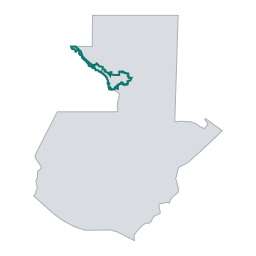 location of Las Cruces, Petén, Guatemala
{"feature_id": "79465075B61221719902426", "entity_name": "Las Cruces", "entity_type": "district", "adm_level": 2, "iso_a3": "GTM", "parent_name": "Guatemala", "parent_adm1": "Petén", "projection": "natural_earth1", "projection_center": [-90.704, 16.86], "detail": "fine", "context": "in_parent", "style": "outline", "palette": "teal", "viewbox_px": 256, "rotation_deg": 0, "n_neighbors": 0, "source": "geoboundaries", "source_scale": "gbopen_adm2", "svg_char_len": 5763}
<svg xmlns="http://www.w3.org/2000/svg" viewBox="0 0 256 256"><path d="M33.7,196.0L35.0,194.6L36.0,191.3L37.3,188.0L36.5,184.1L36.0,180.9L37.5,176.4L37.4,172.9L38.0,170.8L40.2,169.4L41.3,166.8L35.2,157.8L35.2,155.7L36.1,153.2L41.0,143.6L46.9,132.1L53.4,119.4L57.3,111.8L71.5,111.8L80.9,111.8L92.9,111.8L105.9,111.8L114.4,111.8L117.9,111.7L117.3,106.7L117.8,101.3L119.3,96.3L119.3,94.1L116.8,91.4L111.9,89.9L109.1,87.5L109.1,84.5L107.9,80.9L105.5,76.6L100.6,72.2L93.1,67.8L86.7,61.8L81.4,54.3L77.0,49.4L73.6,47.4L72.7,46.3L82.8,46.4L92.3,46.5L92.4,35.7L92.4,26.2L92.5,15.4L109.7,15.4L130.2,15.4L151.6,15.4L168.3,15.4L178.2,15.4L177.7,28.9L177.2,44.4L176.9,55.8L176.4,71.0L175.9,86.6L175.2,107.8L174.8,121.5L175.0,121.8L180.6,121.2L188.9,121.8L191.0,121.7L193.5,122.9L195.5,123.3L199.7,126.4L204.6,128.7L207.8,124.0L206.1,121.2L204.9,119.7L205.1,118.4L222.3,130.7L220.3,132.5L215.9,136.9L208.0,144.3L200.9,151.0L194.0,157.1L187.9,162.5L187.2,163.0L179.4,166.9L178.1,168.7L176.4,176.4L175.6,178.3L177.0,182.6L178.5,189.2L178.0,192.6L172.6,196.9L170.1,200.7L169.1,203.1L168.1,202.5L166.4,202.3L162.5,203.3L160.7,203.5L159.1,204.6L159.0,206.9L160.0,210.8L160.4,212.8L159.3,213.7L154.5,216.0L152.6,218.3L150.9,221.9L148.8,223.3L146.6,223.1L145.0,223.6L141.7,226.2L136.8,231.4L134.1,235.2L134.1,238.1L134.6,240.6L116.5,231.6L110.4,230.0L85.0,230.2L74.1,226.6L61.7,219.8L53.3,213.5L33.7,196.0Z" fill="#d9dde1" stroke="#a8b0b8" stroke-width="1"/><path d="M75.7,46.6L71.1,46.6L71.4,47.5L71.6,47.8L71.7,48.4L72.0,48.8L72.5,49.1L72.9,49.2L73.7,49.1L74.2,49.1L74.4,49.3L74.8,49.7L75.2,49.9L75.6,50.7L75.6,50.9L75.4,51.4L75.4,51.6L75.5,51.7L75.8,51.7L76.0,51.7L76.4,50.7L76.5,50.5L76.7,50.4L77.0,50.4L77.4,50.6L77.8,50.5L78.5,50.6L78.9,50.5L79.0,50.7L79.2,50.9L79.5,51.1L79.6,51.3L79.6,51.5L79.5,51.9L79.3,52.3L79.1,52.7L79.2,53.9L79.4,54.4L79.6,54.7L80.0,54.9L81.0,54.9L81.3,55.2L81.7,56.0L81.9,57.0L81.9,57.5L82.1,57.6L82.3,57.9L82.8,58.3L83.6,59.5L84.5,60.1L84.8,60.3L85.4,60.1L85.8,60.1L86.0,60.2L86.3,60.4L86.3,60.8L86.2,61.4L86.2,61.5L86.3,61.7L86.4,61.9L86.8,62.0L87.1,62.2L87.3,62.5L87.5,63.1L88.1,63.5L88.5,64.0L88.6,64.3L88.9,64.6L88.9,64.8L88.5,65.1L88.5,65.4L88.8,65.8L89.2,66.0L90.0,66.2L91.6,66.8L92.0,67.1L92.2,67.3L92.3,67.5L92.4,67.9L92.5,68.0L92.8,67.7L92.8,67.2L92.6,66.5L92.6,66.3L92.7,66.0L92.9,65.9L93.2,65.8L93.6,65.9L93.9,66.1L94.0,66.3L94.1,66.6L94.0,66.8L93.9,67.2L93.4,67.4L93.2,67.6L93.1,67.8L93.2,68.0L93.3,68.1L94.1,67.9L94.9,68.1L95.1,68.2L95.1,68.3L95.2,68.5L95.1,69.0L95.2,69.3L95.4,69.6L95.5,70.1L95.7,70.3L95.9,70.3L96.7,70.1L97.3,70.1L97.8,70.2L98.5,70.8L98.6,71.0L98.7,71.5L98.8,71.6L99.5,71.7L101.0,71.5L101.3,71.6L101.3,71.8L101.3,72.0L101.1,72.4L101.2,72.7L101.2,72.8L102.3,73.3L102.8,73.4L103.2,73.6L103.3,73.7L103.3,74.1L103.6,74.4L104.9,75.3L105.3,75.5L105.5,75.7L105.6,76.0L105.6,76.4L105.6,76.7L105.7,76.8L106.8,77.6L107.1,79.1L107.3,79.4L107.7,79.9L107.9,80.3L107.9,80.5L107.8,80.8L107.7,81.0L107.8,81.4L108.1,82.0L108.1,82.4L108.1,82.8L108.0,83.0L107.6,83.1L107.5,83.4L107.5,83.5L107.9,83.8L108.3,83.8L108.5,83.7L108.7,83.4L108.8,83.1L108.7,82.8L108.9,82.9L109.0,83.0L109.4,83.8L108.9,84.2L108.6,84.4L108.5,84.8L108.5,85.3L108.4,85.6L108.6,86.0L108.5,87.1L108.7,87.3L108.9,87.4L109.1,87.3L109.7,86.9L109.8,86.9L110.1,87.1L110.2,87.3L110.4,87.7L110.4,88.0L110.1,88.5L109.9,88.6L109.5,88.7L109.2,88.7L109.0,88.9L109.0,89.1L109.2,89.3L109.5,89.4L109.9,89.3L110.0,88.9L110.3,88.7L110.5,88.8L110.9,88.7L111.0,88.7L111.0,88.8L110.9,89.2L111.0,89.5L111.2,89.8L111.4,89.8L111.7,89.6L112.1,89.5L112.5,89.3L113.3,89.1L113.6,89.0L114.0,88.9L114.2,89.0L114.4,89.2L114.5,89.2L114.5,88.7L114.5,88.2L114.6,87.8L114.9,87.3L115.0,87.2L115.3,87.2L115.4,86.9L115.5,86.9L115.4,87.3L115.5,87.5L115.8,87.7L115.9,87.8L116.1,87.6L116.1,87.2L116.4,86.7L116.8,86.8L117.0,86.9L117.2,87.9L117.2,88.3L117.2,88.6L117.3,88.8L117.8,89.0L118.0,88.9L118.0,88.7L117.7,88.2L117.7,87.7L117.8,87.0L117.9,86.2L118.1,85.8L118.1,85.6L117.8,85.6L117.6,85.9L117.1,85.7L117.0,85.4L117.2,85.2L118.0,84.7L118.4,84.9L118.6,84.9L119.0,84.7L119.1,84.0L119.3,83.9L119.7,83.8L120.3,83.8L120.5,83.9L120.9,83.8L121.1,83.8L121.4,84.0L121.5,84.0L121.5,83.8L121.5,83.7L121.0,82.6L121.1,82.4L121.3,82.4L121.9,82.6L122.3,82.5L122.5,82.5L122.9,82.9L122.9,83.1L122.8,83.3L122.6,83.4L122.4,83.3L122.2,83.4L122.1,83.7L122.2,84.0L122.4,84.1L122.7,83.8L122.9,83.8L124.2,85.1L124.4,85.1L124.5,84.9L124.4,84.7L124.6,84.2L124.8,84.1L125.1,84.2L125.6,84.4L126.2,84.5L126.6,84.8L126.9,84.6L126.7,84.4L126.8,84.3L126.9,84.0L127.0,84.0L127.3,84.2L127.6,84.2L127.6,83.6L127.7,83.4L127.7,83.1L127.5,82.9L127.7,82.7L127.7,82.4L127.7,82.2L127.6,81.9L127.6,81.7L127.6,81.3L127.8,81.2L127.9,81.3L127.9,81.2L128.0,81.2L128.3,81.0L128.3,80.9L128.3,81.0L128.4,80.9L128.5,81.0L128.6,80.9L128.8,80.8L128.9,80.7L129.4,80.8L129.5,80.8L129.5,80.7L129.8,80.7L130.3,80.5L131.1,79.3L131.2,78.9L131.1,78.2L131.4,77.8L128.8,77.8L128.7,76.3L127.8,76.3L127.9,75.2L128.1,75.2L128.1,74.3L128.3,74.3L128.3,73.5L127.5,73.4L125.8,73.3L125.7,73.3L125.7,73.0L125.3,73.0L124.6,73.0L124.4,72.6L124.2,72.6L124.2,72.3L123.8,72.1L123.8,71.9L123.5,71.8L123.4,71.9L123.1,72.0L123.2,71.8L123.0,71.7L123.0,72.2L121.1,71.9L121.2,71.6L119.3,71.6L119.2,75.0L115.1,75.0L111.1,74.6L111.3,74.5L111.4,72.2L110.5,72.2L110.5,72.5L110.1,72.5L110.1,73.1L110.0,75.4L109.6,74.8L109.6,74.6L109.4,74.5L108.9,73.6L109.0,73.4L108.8,73.2L108.6,73.4L108.5,73.7L108.3,73.7L108.0,73.4L108.0,72.9L107.0,72.3L104.7,71.5L104.6,71.2L105.3,70.2L105.0,70.0L104.5,69.4L102.6,69.3L102.7,66.9L99.2,66.3L98.3,64.9L97.8,64.4L97.3,63.9L96.8,63.6L96.8,63.8L96.7,63.7L96.5,63.8L96.4,63.8L96.2,63.9L96.1,64.1L96.1,64.3L96.0,64.5L95.8,64.6L95.4,64.8L95.1,65.0L91.7,64.7L87.5,61.2L82.7,56.6L80.8,51.3L80.0,50.6L75.7,46.6Z" fill="none" stroke="#0f766e" stroke-width="2"/></svg>